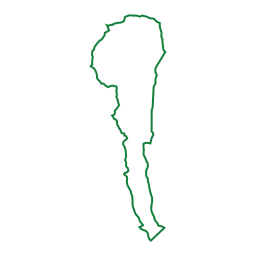 the district of Rongo, Nyanza, Kenya
{"feature_id": "3690345B66015009568744", "entity_name": "Rongo", "entity_type": "district", "adm_level": 2, "iso_a3": "KEN", "parent_name": "Kenya", "parent_adm1": "Nyanza", "projection": "orthographic", "projection_center": [34.594, -0.817], "detail": "fine", "context": "isolated", "style": "outline", "palette": "green", "viewbox_px": 256, "rotation_deg": 0, "n_neighbors": 0, "source": "geoboundaries", "source_scale": "gbopen_adm2", "svg_char_len": 3248}
<svg xmlns="http://www.w3.org/2000/svg" viewBox="0 0 256 256"><path d="M150.9,240.6L164.3,227.9L162.6,226.8L160.4,225.9L158.4,225.7L157.6,223.5L155.6,221.1L154.4,218.9L154.1,216.7L152.7,214.3L151.6,211.4L151.2,209.0L151.3,206.5L151.9,203.2L152.2,200.2L152.1,198.2L151.9,197.2L151.6,196.3L150.8,194.0L150.2,191.5L149.6,188.8L149.0,185.8L148.6,183.5L147.8,181.1L147.8,178.3L146.7,177.1L146.2,175.6L146.1,173.0L146.2,170.5L147.2,168.4L147.8,166.6L147.8,164.5L147.6,162.9L146.3,161.1L146.0,159.7L144.9,157.3L143.7,155.0L143.5,153.6L143.7,151.9L143.8,149.7L143.5,146.7L143.5,143.8L145.3,143.0L146.4,142.8L148.4,143.0L150.4,143.4L150.6,142.6L150.8,141.8L151.0,140.4L151.4,138.8L152.3,136.8L153.3,134.9L153.0,132.9L151.6,131.4L151.7,109.9L152.4,108.4L152.7,106.0L153.1,98.0L153.3,94.5L153.5,89.2L153.8,86.1L155.3,84.1L155.6,81.6L155.3,79.9L155.9,77.9L156.7,75.4L156.1,73.2L155.5,72.7L155.3,70.5L155.5,68.6L156.8,65.8L158.5,63.2L159.5,61.5L165.3,52.0L164.4,51.3L163.4,49.7L163.1,47.6L162.9,45.7L162.6,43.2L162.4,41.2L162.4,38.9L161.5,37.1L161.3,36.3L161.3,35.4L161.6,33.9L161.4,32.0L160.6,29.7L159.8,26.8L159.7,22.9L158.9,22.7L157.4,22.0L155.9,20.9L155.3,20.3L154.4,19.1L153.6,18.7L152.5,18.4L151.0,18.4L150.3,18.3L149.8,18.1L148.4,17.5L147.8,17.2L147.2,16.8L145.7,16.4L143.8,16.0L143.3,15.8L142.5,15.5L141.0,16.1L140.1,16.6L138.4,16.2L137.0,15.7L136.1,15.5L135.6,15.5L134.1,15.7L132.4,15.5L131.5,15.4L130.9,15.4L129.0,15.4L127.5,16.0L126.5,16.3L125.0,16.9L124.8,17.7L124.5,18.6L124.3,20.1L123.9,21.0L122.6,21.9L121.0,22.5L119.5,22.8L118.6,22.8L117.1,22.9L115.5,23.5L114.8,23.7L113.8,23.7L112.6,24.9L110.5,24.9L108.5,25.8L107.0,25.3L107.4,26.0L107.7,27.0L108.4,28.6L109.1,30.4L106.9,31.8L104.9,32.8L104.5,35.3L103.0,37.7L102.0,39.1L101.5,39.6L100.9,40.0L99.7,40.5L98.2,42.2L96.4,44.4L94.5,47.1L94.0,49.8L92.4,50.8L92.1,52.9L92.0,54.5L92.7,56.9L92.4,59.5L92.3,60.2L92.2,60.9L92.1,62.3L92.4,64.4L90.7,66.2L92.3,67.4L93.8,68.3L94.3,68.8L94.8,69.5L95.6,71.1L96.6,73.6L97.0,76.3L97.1,78.3L98.3,79.9L100.1,81.6L101.5,83.7L103.6,83.7L105.1,85.2L106.5,86.2L108.2,87.1L110.5,86.1L112.6,85.6L114.5,86.2L116.3,86.3L116.7,87.8L116.7,89.5L116.2,91.0L116.7,93.0L116.9,95.0L116.3,96.9L117.2,98.5L117.7,100.7L118.4,103.2L119.1,105.0L117.9,107.0L116.4,109.1L114.9,110.6L114.9,112.8L114.3,114.6L112.1,115.5L113.3,117.2L113.9,118.7L115.9,119.6L117.0,121.2L116.9,122.8L117.3,124.7L118.5,126.6L118.9,128.0L120.4,129.7L120.8,131.5L121.8,133.0L123.2,133.4L124.3,133.5L124.4,135.6L125.9,136.0L126.3,136.6L127.2,138.0L126.2,139.6L124.8,140.4L123.5,141.9L123.0,143.9L124.0,146.0L125.0,147.7L125.5,150.1L125.9,152.4L125.9,154.2L126.1,156.3L125.6,158.5L125.1,160.1L126.1,162.2L126.1,164.1L126.1,166.3L127.7,168.0L128.2,169.9L128.4,170.8L127.1,172.3L125.1,172.7L124.0,174.2L125.5,175.5L126.9,176.8L127.2,178.8L126.9,180.6L126.9,182.4L127.3,184.7L128.5,187.2L129.9,189.6L130.8,191.6L131.3,193.7L132.4,196.9L132.4,199.3L132.6,201.1L132.6,202.7L132.6,204.9L133.1,207.5L134.0,209.4L134.5,211.3L135.2,213.3L136.7,215.4L138.3,216.9L138.6,217.4L138.9,218.3L139.4,219.6L139.9,221.3L141.5,223.2L143.0,225.2L141.4,226.3L139.5,227.2L140.9,228.8L143.1,230.0L144.9,230.5L146.4,231.3L147.5,232.7L148.0,234.3L148.5,237.1L149.4,239.2L150.9,240.6Z" fill="none" stroke="#15803d" stroke-width="2"/></svg>